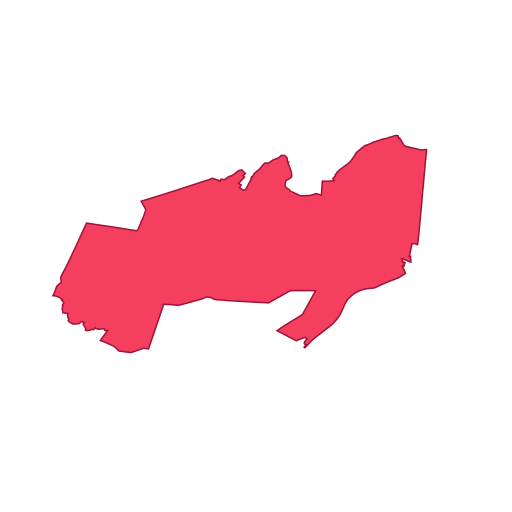 the district of Utrechtse Heuvelrug, Utrecht, Netherlands, rotated 334°
{"feature_id": "6326949B53566260910730", "entity_name": "Utrechtse Heuvelrug", "entity_type": "district", "adm_level": 2, "iso_a3": "NLD", "parent_name": "Netherlands", "parent_adm1": "Utrecht", "projection": "robinson", "projection_center": [5.38, 52.029], "detail": "fine", "context": "isolated", "style": "filled", "palette": "rose", "viewbox_px": 512, "rotation_deg": 334, "n_neighbors": 0, "source": "geoboundaries", "source_scale": "gbopen_adm2", "svg_char_len": 5857}
<svg xmlns="http://www.w3.org/2000/svg" viewBox="0 0 512 512"><g transform="rotate(334 256 256)"><path d="M382.8,337.1L382.8,334.3L383.0,334.3L383.0,329.5L384.7,330.0L385.7,328.6L385.3,328.4L385.8,328.0L386.1,327.9L386.2,328.0L386.9,327.6L387.0,327.4L386.2,326.9L386.5,326.6L385.6,326.0L385.8,325.8L384.9,325.1L386.5,323.4L385.5,322.3L385.9,322.1L387.8,324.3L389.3,325.9L391.5,328.5L392.0,329.0L392.6,329.4L392.8,328.9L393.3,327.8L394.5,324.4L394.7,323.9L393.6,323.6L401.5,313.6L404.3,314.4L405.6,316.3L406.2,316.6L412.0,307.6L427.4,282.3L432.2,274.2L437.8,265.1L443.0,256.4L445.6,252.3L446.6,250.6L447.2,249.5L449.2,246.2L450.1,244.7L456.0,235.2L455.0,234.6L454.8,234.4L453.4,234.1L452.3,233.7L451.2,233.2L449.0,231.5L440.9,224.9L439.8,224.0L439.0,223.5L439.1,223.3L437.6,221.7L436.9,213.0L435.6,213.0L436.5,210.2L436.0,209.9L435.3,209.4L434.4,208.9L433.5,208.7L432.7,208.5L431.2,208.5L428.9,208.0L427.7,207.8L425.2,207.6L424.8,207.4L423.2,207.1L421.1,206.5L418.4,206.1L417.8,206.1L415.5,205.7L413.3,205.5L412.6,205.3L411.4,205.1L410.3,205.0L408.7,205.1L406.7,205.1L402.4,204.5L399.2,205.1L391.7,207.0L390.5,207.6L389.3,208.4L388.6,209.0L382.0,212.6L380.2,213.1L374.3,214.2L373.0,214.4L367.8,215.5L366.6,216.0L366.3,216.2L366.3,216.3L365.8,216.2L365.8,216.4L365.4,216.6L364.5,217.0L364.4,217.1L362.6,217.9L362.6,218.0L362.7,218.8L358.9,220.1L359.3,222.6L358.5,222.5L358.1,222.3L355.8,221.2L352.8,220.0L349.4,218.3L348.5,217.7L341.4,230.0L337.4,226.2L331.6,225.4L322.5,221.5L317.6,215.5L315.2,212.6L315.0,211.3L314.9,210.6L314.4,210.0L313.3,208.1L313.1,207.4L312.9,206.5L312.8,206.4L313.1,205.3L313.3,204.6L315.7,201.7L316.1,201.4L316.5,201.3L317.1,201.3L318.4,201.3L319.2,201.3L321.9,200.8L322.4,200.6L322.9,200.2L323.4,199.4L323.4,199.2L324.3,196.9L324.5,196.3L324.7,195.1L325.1,192.0L325.5,187.4L325.6,186.8L325.5,186.6L325.7,186.4L326.0,186.1L326.3,186.0L325.8,185.8L325.7,185.7L325.7,185.3L326.2,183.6L326.9,181.5L327.0,181.2L326.9,180.7L326.5,180.1L326.3,179.4L326.1,178.8L325.8,178.2L325.4,177.9L325.1,177.7L323.7,177.3L323.1,176.6L322.5,176.8L321.9,176.8L320.0,177.7L315.4,177.3L313.6,177.2L312.9,177.2L311.5,177.5L308.9,177.9L307.5,177.7L305.6,176.7L304.8,176.4L304.4,176.4L303.9,176.5L303.0,176.9L302.6,177.0L297.6,179.3L290.6,181.1L289.6,181.7L287.4,183.3L286.9,182.9L286.8,183.1L286.0,183.6L285.8,184.4L285.6,184.4L285.6,184.5L285.4,184.7L275.4,192.0L273.5,191.2L272.0,188.8L271.2,187.3L272.1,186.7L273.9,185.7L272.1,183.2L280.3,180.0L279.5,178.1L282.7,177.2L281.4,173.8L281.2,173.2L281.1,172.4L277.7,171.6L270.8,173.1L269.2,173.2L267.9,172.8L266.7,172.7L264.2,173.0L262.0,173.4L261.7,173.5L260.6,173.6L260.0,172.7L258.3,171.6L256.2,172.9L255.5,171.5L254.6,170.7L253.9,169.9L253.1,169.1L250.8,167.0L249.3,166.8L247.4,166.8L246.2,166.7L244.3,166.3L214.7,162.2L200.5,160.1L176.8,156.4L177.3,166.1L173.4,170.1L171.9,171.4L170.9,172.4L170.2,173.0L168.2,174.4L168.0,174.7L165.9,176.7L163.5,178.8L163.3,178.9L161.7,180.4L160.2,181.0L159.6,180.9L159.2,180.6L156.9,178.9L151.9,175.5L140.3,167.3L131.8,161.5L130.7,160.8L118.1,152.1L113.7,155.7L99.1,167.7L81.9,181.5L74.7,186.7L71.5,189.2L70.8,190.1L70.6,190.7L70.2,191.7L69.6,194.0L69.4,194.3L69.1,194.5L67.1,194.8L63.5,195.9L63.0,196.4L60.5,198.9L58.9,200.4L57.7,201.6L57.4,201.8L56.3,202.4L56.0,202.6L57.5,203.5L58.6,204.4L59.6,205.3L60.4,206.2L61.4,207.6L62.0,209.0L62.2,209.6L62.3,210.6L62.7,210.6L62.3,211.3L62.2,211.3L62.4,211.7L62.6,212.2L62.6,213.6L62.5,214.0L62.3,214.2L61.4,214.7L60.3,215.6L60.2,215.8L60.1,216.0L60.1,216.3L59.9,216.8L59.9,217.1L59.6,217.5L58.8,218.1L58.6,218.5L58.3,219.6L58.2,220.6L57.8,221.8L57.5,222.3L61.8,225.3L61.4,225.6L60.8,226.6L60.5,226.8L60.4,227.0L60.4,227.7L60.0,228.2L60.0,228.5L60.1,229.9L60.1,230.4L58.9,231.6L58.8,231.9L59.1,232.6L59.6,233.9L60.4,235.1L61.0,235.5L61.1,236.2L61.4,236.7L61.8,237.0L62.7,237.3L64.1,238.1L65.9,238.5L66.8,239.1L67.5,239.3L68.1,239.2L69.4,238.6L71.3,238.7L71.5,239.4L71.6,239.9L72.2,240.4L72.4,240.5L71.6,240.8L70.9,241.3L70.7,241.7L70.6,242.0L70.8,242.4L70.9,243.0L71.0,245.0L71.1,246.0L71.0,246.5L70.7,247.3L70.7,247.5L70.2,247.6L70.5,248.2L70.9,248.8L72.5,249.4L74.3,249.9L75.6,250.0L77.0,250.4L77.5,250.7L77.7,251.0L79.9,250.0L80.4,251.2L80.6,251.5L81.5,251.9L81.8,252.2L82.2,252.7L82.6,253.0L83.2,253.2L83.6,253.1L84.1,253.5L84.4,253.6L85.4,253.7L86.1,254.2L87.1,254.7L87.6,255.1L87.7,255.3L87.7,255.6L87.5,256.3L87.7,256.7L87.9,257.0L88.5,257.2L89.3,257.6L89.8,258.0L79.0,263.7L82.8,267.7L82.9,267.9L85.7,271.1L86.6,272.3L87.8,273.7L88.4,274.5L89.1,275.7L89.5,276.6L90.1,278.2L91.0,281.2L100.6,287.6L101.2,287.9L101.7,288.1L114.1,289.6L114.7,289.8L117.0,291.3L118.6,292.4L130.8,280.2L134.6,276.4L142.2,268.7L151.8,259.0L157.6,262.0L162.9,265.3L164.5,266.3L165.1,266.5L165.6,266.5L169.2,267.3L188.7,270.9L189.8,271.1L193.1,271.1L193.8,271.2L197.0,273.3L198.3,275.1L199.4,276.5L200.4,277.3L202.3,278.6L205.2,280.1L208.8,282.2L210.0,283.1L210.8,283.6L215.2,286.0L228.3,293.4L246.7,303.6L247.3,303.6L270.4,302.3L271.2,302.2L272.3,302.5L277.5,305.0L294.4,313.3L277.4,325.2L271.9,329.0L252.0,330.9L242.1,332.3L255.1,349.9L256.7,349.8L257.7,349.8L260.3,350.2L261.9,350.3L264.5,350.6L264.6,351.3L265.6,353.3L264.5,353.4L263.4,353.7L262.2,354.4L261.4,355.1L261.2,355.5L261.0,355.9L261.0,356.1L261.1,356.5L261.4,357.1L261.6,357.3L262.3,357.7L261.9,358.0L259.3,359.0L259.9,359.9L266.9,357.2L269.3,356.4L271.8,355.7L275.7,354.8L283.8,353.2L284.3,353.2L284.9,353.0L284.9,352.9L291.9,351.5L295.8,350.4L298.5,349.4L301.9,347.8L303.9,346.7L305.8,345.5L308.0,343.9L315.6,337.6L317.1,336.6L318.8,335.7L319.9,335.1L320.7,334.8L321.8,334.4L324.1,333.7L326.0,333.2L328.5,332.8L330.3,332.7L332.8,332.6L336.2,332.9L338.4,333.3L341.3,334.0L343.5,334.8L345.1,335.4L346.9,336.1L348.1,336.5L349.3,336.7L353.5,336.7L361.5,337.0L365.9,337.3L368.8,337.6L374.2,338.0L376.5,337.9L382.8,337.1Z" fill="#f43f5e" stroke="#9f1239" stroke-width="1.5"/></g></svg>